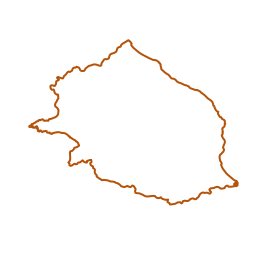 Iliomar, Lautém, East Timor, rotated 257°
{"feature_id": "22284137B19934279863207", "entity_name": "Iliomar", "entity_type": "district", "adm_level": 2, "iso_a3": "TLS", "parent_name": "East Timor", "parent_adm1": "Lautém", "projection": "equal_earth", "projection_center": [126.838, -8.666], "detail": "fine", "context": "isolated", "style": "outline", "palette": "amber", "viewbox_px": 256, "rotation_deg": 257, "n_neighbors": 0, "source": "geoboundaries", "source_scale": "gbopen_adm2", "svg_char_len": 5748}
<svg xmlns="http://www.w3.org/2000/svg" viewBox="0 0 256 256"><g transform="rotate(257 128 128)"><path d="M44.2,151.6L43.8,152.9L43.6,156.4L43.6,157.2L44.2,159.2L44.3,160.5L43.8,162.3L42.6,163.1L42.6,163.5L42.9,164.1L44.2,165.0L44.4,165.4L44.4,167.1L43.8,168.2L43.5,170.1L43.7,171.2L44.5,172.4L44.8,173.4L44.9,174.6L44.7,175.7L43.5,177.2L43.4,178.0L43.6,178.9L44.2,179.4L44.7,180.9L47.2,183.2L47.8,184.1L48.3,186.1L48.2,186.8L47.4,188.2L47.4,189.8L46.9,191.0L45.7,192.7L45.7,193.3L46.3,194.1L46.7,194.4L47.1,194.4L48.1,194.1L48.3,193.6L49.7,193.5L50.2,194.1L50.6,195.2L50.2,197.8L50.6,200.0L50.7,201.1L50.5,202.1L49.8,203.2L48.1,204.7L47.8,206.0L47.7,207.8L47.8,208.6L49.0,209.7L49.5,210.7L49.4,212.0L49.1,212.3L48.5,212.5L48.0,213.2L47.5,215.7L47.3,219.0L48.9,218.7L49.5,218.8L50.0,219.4L50.4,220.4L51.9,221.8L52.1,221.7L52.9,220.2L53.7,219.4L59.6,215.0L62.2,213.3L62.7,213.2L66.3,211.5L68.6,210.8L70.5,210.5L71.3,210.5L71.8,211.1L72.6,211.3L74.0,211.0L75.4,210.4L78.8,210.6L79.9,210.9L81.4,212.0L81.7,213.0L82.2,213.7L82.9,214.4L83.3,215.4L84.3,216.2L85.3,216.7L85.7,216.7L86.9,216.3L87.8,216.3L90.0,217.6L91.2,218.6L92.4,219.2L93.5,219.4L94.8,219.2L96.9,218.2L98.9,217.8L99.9,217.8L100.5,218.6L102.1,219.3L102.7,219.1L103.0,219.5L104.9,219.7L105.5,219.6L106.3,219.8L106.7,220.3L107.5,221.8L108.0,222.4L109.0,222.9L109.9,223.1L110.2,223.6L110.6,223.4L113.3,223.9L114.4,223.3L115.7,221.7L117.5,221.2L117.7,220.9L117.9,220.2L118.7,219.8L120.8,219.1L121.5,219.0L122.7,219.1L123.4,219.5L124.0,218.7L125.7,217.6L128.9,216.9L129.8,217.0L130.6,216.3L132.9,216.3L133.4,216.1L134.6,216.0L136.7,214.5L138.8,212.5L142.8,210.0L146.3,207.0L147.3,206.5L148.8,204.9L149.1,204.1L149.5,203.7L150.0,202.0L152.7,197.8L153.2,197.3L155.0,196.4L156.5,194.2L157.4,192.5L159.1,190.5L161.2,187.2L162.5,186.0L163.4,185.7L164.9,184.6L165.5,183.9L166.4,181.9L166.8,181.4L167.9,180.7L168.7,180.5L170.8,179.4L172.5,177.6L174.0,176.3L177.8,173.7L179.9,173.9L181.1,173.7L182.7,174.1L183.8,173.4L184.6,173.3L184.7,172.9L185.7,172.5L187.1,171.3L187.9,170.1L188.7,167.8L191.3,164.3L195.8,159.0L198.6,156.1L199.2,155.7L199.3,155.5L204.8,151.4L206.8,150.3L208.2,149.8L209.0,150.1L209.4,150.5L210.3,150.2L211.4,149.7L213.3,148.3L213.4,148.0L211.3,141.6L210.9,140.7L210.3,139.9L209.0,139.2L208.7,136.8L208.4,136.0L207.3,135.1L205.7,134.2L204.9,133.4L204.2,131.1L204.1,128.9L203.8,127.6L203.0,126.5L200.3,125.0L200.0,124.6L199.8,122.4L200.3,121.3L200.2,120.3L197.5,117.2L196.4,116.5L195.5,116.3L195.0,115.7L194.8,114.8L197.2,110.8L197.7,108.5L197.4,107.0L197.3,103.8L195.5,100.0L194.0,98.7L193.6,98.0L193.6,97.0L194.2,95.3L194.7,94.8L195.4,94.4L197.6,94.0L197.9,93.7L199.2,91.6L198.8,90.8L198.6,90.2L199.0,89.0L198.8,88.3L198.2,87.4L196.6,86.5L195.8,84.5L195.7,84.0L196.3,82.9L196.0,81.7L193.9,79.2L192.8,77.1L191.2,76.1L191.0,75.7L191.1,75.1L191.7,74.0L193.3,71.6L193.4,71.0L193.2,70.5L192.9,70.2L192.6,70.2L190.7,71.5L190.4,71.3L189.6,68.6L187.1,67.7L185.7,66.5L185.5,66.0L185.6,65.5L186.2,64.8L186.8,63.2L186.8,62.8L186.3,61.9L185.6,61.6L183.8,61.6L182.3,62.6L182.2,64.1L181.6,64.4L178.7,64.5L178.4,64.6L176.6,66.0L176.4,67.1L176.1,67.3L172.4,66.8L171.3,65.4L170.0,64.6L169.0,63.4L168.0,62.6L166.9,62.1L165.6,62.0L163.0,63.8L161.1,64.3L157.7,63.2L156.6,62.6L155.4,61.0L154.8,59.5L154.7,57.9L154.2,55.4L154.4,53.4L154.2,53.0L153.0,52.0L153.0,51.6L153.7,50.6L153.6,49.5L153.7,48.5L154.3,47.6L154.5,47.7L155.0,47.4L155.6,46.8L155.7,45.6L155.3,44.7L155.8,43.4L155.7,42.9L155.5,42.5L155.0,42.3L154.8,41.8L155.0,40.7L154.9,40.1L154.1,39.1L154.1,38.0L153.4,36.7L153.5,35.4L153.3,34.9L153.0,34.9L152.6,34.2L152.0,32.3L151.4,32.1L151.0,32.6L151.3,34.1L151.6,34.7L151.4,35.2L150.9,35.8L150.2,34.9L149.9,35.3L149.2,37.1L149.2,37.6L150.1,38.6L150.3,39.1L150.1,39.6L148.4,40.0L148.3,39.5L148.0,39.2L147.0,39.7L146.8,39.9L145.5,39.6L145.3,40.3L144.7,40.4L144.5,40.8L144.6,41.2L145.3,41.5L145.2,42.4L144.6,42.6L143.3,43.6L143.4,44.0L143.8,44.5L143.9,45.0L143.5,45.8L143.6,46.5L143.7,46.9L143.2,48.0L142.5,47.9L141.8,48.2L141.4,48.9L141.4,49.3L140.9,50.1L141.1,50.6L140.3,50.8L139.6,51.8L139.4,52.7L139.6,53.2L139.9,53.2L139.8,54.1L140.0,55.7L139.8,56.8L139.9,57.2L139.8,58.4L139.0,60.9L138.1,62.2L137.8,63.7L137.2,65.1L136.7,65.8L134.7,67.8L133.8,68.1L132.7,69.4L132.2,69.2L131.9,69.2L131.1,70.5L129.7,71.6L128.8,72.7L127.6,74.0L126.7,74.2L126.2,75.1L124.5,76.0L123.3,76.1L122.3,76.4L121.8,76.3L121.3,75.2L120.8,73.5L120.8,71.5L120.6,71.1L119.8,70.8L118.6,69.0L118.3,68.5L118.3,67.1L118.1,66.5L117.3,65.9L116.7,66.0L116.4,65.8L111.1,64.8L109.2,64.0L107.8,62.2L107.6,62.2L106.5,63.0L105.0,62.6L104.1,63.4L104.0,64.0L104.2,65.1L105.2,67.6L105.1,68.1L104.4,69.0L104.3,70.2L105.4,71.4L105.4,73.9L106.6,76.1L106.6,76.6L104.9,77.6L103.7,79.4L103.7,80.2L104.3,80.6L104.8,80.5L105.1,80.7L105.3,83.2L105.4,83.7L105.1,84.9L103.3,84.9L102.6,84.3L102.3,83.4L101.6,83.2L100.3,83.4L99.6,83.8L98.6,85.1L98.1,85.2L96.9,85.0L96.0,85.8L95.2,86.3L94.4,86.3L92.8,85.7L91.7,85.6L90.2,86.1L89.0,86.9L87.9,86.6L87.4,86.8L85.7,88.4L85.1,88.7L84.2,90.0L83.3,90.5L83.0,91.0L82.9,92.8L81.4,96.7L79.9,98.8L79.3,101.0L78.2,103.1L77.5,103.6L76.1,106.0L75.8,106.1L74.9,107.1L73.0,108.1L71.6,110.2L71.3,111.7L71.7,114.3L71.5,114.7L70.8,115.3L69.9,117.0L70.0,117.6L70.9,119.1L70.8,119.7L69.8,120.7L66.7,121.7L65.8,121.1L64.4,120.6L63.1,120.8L62.5,121.9L61.9,124.1L59.9,127.0L57.8,129.3L57.6,129.7L56.8,131.6L56.4,136.1L56.1,137.7L55.5,139.0L54.8,139.3L53.5,140.4L53.1,141.0L52.8,141.9L52.7,142.9L53.1,144.3L52.8,144.6L51.9,145.0L51.0,145.9L49.7,148.2L49.1,150.8L48.6,150.7L47.6,149.9L47.3,149.8L46.2,150.5L45.7,151.4L44.2,151.6ZM48.6,219.5L47.7,220.5L47.1,220.7L47.3,221.5L47.8,222.0L48.6,222.0L49.7,222.5L50.4,222.3L50.3,221.6L49.7,220.7L49.5,220.0L49.2,219.6L48.6,219.5Z" fill="none" stroke="#b45309" stroke-width="2"/></g></svg>